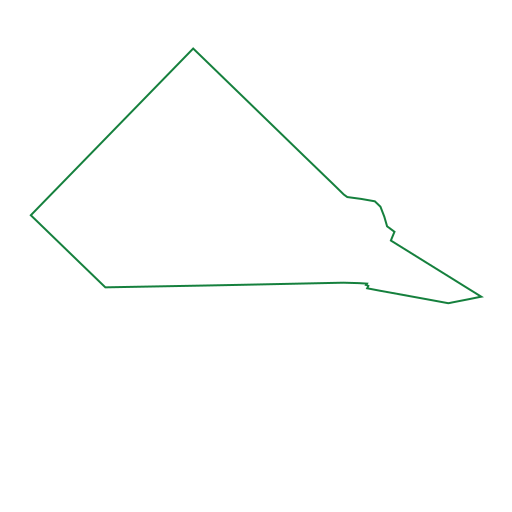 outline of Al Golid, Northern, Sudan, rotated 44°
{"feature_id": "16777658B20227076213030", "entity_name": "Al Golid", "entity_type": "district", "adm_level": 2, "iso_a3": "SDN", "parent_name": "Sudan", "parent_adm1": "Northern", "projection": "natural_earth1", "projection_center": [29.801, 17.722], "detail": "fine", "context": "isolated", "style": "outline", "palette": "green", "viewbox_px": 512, "rotation_deg": 44, "n_neighbors": 0, "source": "geoboundaries", "source_scale": "gbopen_adm2", "svg_char_len": 723}
<svg xmlns="http://www.w3.org/2000/svg" viewBox="0 0 512 512"><g transform="rotate(44 256 256)"><path d="M409.6,168.0L427.1,156.4L428.2,154.9L429.4,153.1L439.4,138.8L445.3,130.2L446.3,128.8L342.3,151.2L341.1,148.3L340.3,146.2L340.1,145.7L339.9,145.2L339.3,143.7L338.8,142.4L329.7,143.6L321.0,138.6L311.3,134.1L303.5,134.1L292.1,141.8L280.7,150.2L276.4,150.8L263.0,150.7L248.8,150.7L221.6,150.7L180.0,150.6L127.5,150.5L70.7,150.4L67.7,150.4L67.1,150.4L66.7,150.4L65.7,382.6L65.7,383.1L134.0,383.2L169.4,383.2L170.2,382.4L238.5,314.0L264.8,287.6L321.8,230.2L337.3,214.6L348.9,204.0L355.0,198.8L355.3,200.3L355.7,200.0L357.6,199.5L358.4,202.0L369.1,195.0L409.6,168.0Z" fill="none" stroke="#15803d" stroke-width="2"/></g></svg>